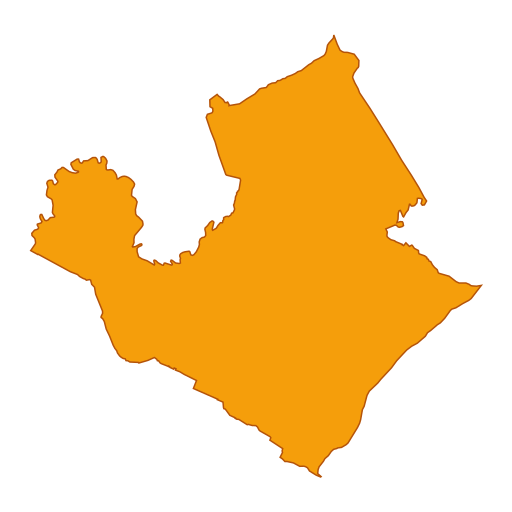 Tocancipá, Cundinamarca, Colombia
{"feature_id": "7082276B10728251723000", "entity_name": "Tocancipá", "entity_type": "district", "adm_level": 2, "iso_a3": "COL", "parent_name": "Colombia", "parent_adm1": "Cundinamarca", "projection": "albers", "projection_center": [-73.95, 4.971], "detail": "fine", "context": "isolated", "style": "filled", "palette": "amber", "viewbox_px": 512, "rotation_deg": 0, "n_neighbors": 0, "source": "geoboundaries", "source_scale": "gbopen_adm2", "svg_char_len": 5990}
<svg xmlns="http://www.w3.org/2000/svg" viewBox="0 0 512 512"><path d="M333.8,35.0L333.5,37.7L332.9,38.7L329.1,42.8L327.5,45.2L326.3,51.5L325.1,54.2L323.9,55.6L318.9,58.5L314.1,60.7L311.5,63.2L308.8,64.7L301.3,70.6L297.8,71.7L295.3,73.5L291.6,75.2L287.2,76.7L285.2,78.4L282.9,78.7L280.1,80.4L277.7,80.7L275.7,82.7L272.1,83.1L268.4,84.7L266.3,87.5L261.3,88.3L259.6,88.9L254.9,94.0L246.9,98.8L239.6,103.8L229.1,105.6L229.3,105.1L227.8,102.2L227.3,102.0L226.8,102.7L225.0,102.5L223.1,99.6L219.4,96.5L218.9,96.4L217.1,94.4L209.8,99.8L210.0,106.7L212.7,108.3L212.9,111.1L212.3,112.5L211.6,113.0L207.4,114.3L206.2,117.4L210.8,131.1L215.1,141.8L218.9,155.2L225.8,174.5L226.7,175.2L239.9,178.4L240.6,180.1L239.1,189.3L238.5,190.7L237.5,191.3L237.4,192.2L236.6,192.9L236.7,194.3L235.5,196.8L235.1,200.6L234.7,200.9L234.4,203.2L233.6,205.0L234.6,208.9L234.4,210.0L233.0,212.8L231.6,213.2L230.8,215.1L228.5,216.6L227.6,216.3L225.8,216.5L223.9,217.5L223.6,217.9L223.7,219.7L222.9,220.5L222.6,222.5L222.0,222.9L221.0,222.6L220.3,222.8L218.0,225.4L216.3,228.2L212.9,230.2L212.6,230.3L212.3,229.5L212.4,228.5L213.9,222.2L213.0,221.2L212.1,220.9L209.8,222.5L207.6,225.6L205.1,228.0L204.9,229.4L205.6,232.5L205.7,235.6L204.4,237.1L202.1,237.6L200.1,239.1L199.2,241.9L199.4,244.5L198.7,247.1L196.3,251.8L193.8,254.8L192.3,255.4L190.8,254.8L189.8,251.7L189.1,251.2L185.0,251.8L182.7,252.5L180.6,253.8L179.8,255.1L179.8,256.3L180.5,258.4L180.1,259.8L180.4,263.0L179.3,263.5L175.6,263.0L172.2,260.4L171.2,260.1L170.6,261.3L172.3,264.0L172.2,264.7L171.5,265.1L165.0,263.0L164.2,263.2L163.4,265.2L162.5,265.2L158.1,262.8L155.9,260.7L154.6,260.1L154.0,260.3L153.8,260.9L154.7,264.1L154.2,265.0L147.2,260.8L141.9,258.9L138.6,256.8L137.1,251.6L137.1,248.5L138.3,247.0L141.5,245.5L141.9,244.9L141.8,244.2L141.3,243.8L139.9,244.1L135.4,246.6L132.8,247.0L132.4,246.6L134.0,242.7L133.9,239.2L134.6,235.6L141.4,227.5L142.8,225.4L143.0,224.1L142.5,221.2L138.7,217.2L136.7,215.7L135.7,214.0L135.4,209.6L137.1,201.9L135.4,198.6L132.2,196.4L131.5,195.3L132.1,189.4L134.0,186.4L134.6,184.1L133.5,182.0L131.0,179.4L128.6,177.6L126.1,176.5L124.2,176.2L122.2,176.5L119.8,177.6L118.0,179.0L117.2,179.0L116.4,175.1L115.0,172.6L112.9,170.3L110.6,169.6L108.1,170.0L107.0,169.9L106.3,169.4L106.0,165.1L106.8,163.1L107.0,161.0L105.6,158.3L103.7,156.6L102.9,156.4L101.0,157.4L101.2,161.7L100.7,162.5L99.3,163.3L98.2,162.8L97.2,159.5L96.3,158.1L95.3,157.5L92.6,157.6L87.9,160.6L83.6,160.9L82.3,162.9L81.6,163.2L80.3,162.8L79.4,161.8L78.6,159.1L77.1,159.1L71.2,162.8L70.9,164.4L73.3,169.2L75.1,170.5L78.3,171.2L78.6,171.8L78.2,172.3L75.5,173.2L72.0,172.6L69.1,171.5L63.5,167.5L62.1,167.4L60.6,168.9L58.0,170.0L56.9,172.2L54.8,174.8L55.0,177.2L57.9,181.3L57.7,182.3L55.6,184.6L54.8,184.8L53.4,183.8L52.6,180.9L51.9,180.2L49.2,180.3L47.5,181.4L46.8,183.3L48.0,187.2L47.0,190.4L46.4,194.9L47.4,196.7L51.2,198.9L52.1,199.9L53.1,205.3L52.4,212.4L53.0,213.8L54.6,215.8L54.7,216.7L54.1,217.2L50.3,217.6L48.0,220.1L46.2,220.7L44.9,220.3L43.8,218.7L41.8,214.5L40.9,214.4L40.1,215.1L39.8,216.8L40.4,218.9L42.0,221.6L41.0,223.0L37.4,224.1L37.2,224.9L38.5,227.4L38.4,228.4L37.4,229.3L34.5,230.2L31.8,233.3L32.0,235.5L34.3,237.8L35.1,239.1L35.6,242.8L35.3,243.9L30.7,250.6L37.8,254.5L38.1,254.2L70.3,271.7L77.5,274.5L79.6,276.5L83.4,278.6L84.9,279.0L86.4,280.2L89.5,279.6L90.6,280.1L91.7,284.3L94.5,287.2L95.7,294.2L102.5,311.0L102.6,313.3L101.1,316.5L101.1,317.5L102.6,318.6L104.3,321.5L106.2,329.0L109.6,336.1L113.2,345.2L114.9,348.4L116.7,350.7L117.5,353.0L119.6,355.9L121.1,357.2L123.2,358.5L125.2,358.8L126.0,360.6L127.9,360.8L129.8,362.0L138.0,362.4L138.7,362.5L138.9,363.0L147.9,360.4L154.4,357.5L156.8,359.3L157.4,360.7L158.5,360.7L160.1,362.9L161.2,363.6L168.3,366.4L168.6,366.0L169.1,366.3L168.8,366.7L170.4,367.4L170.3,367.6L173.7,369.2L174.2,368.0L176.0,368.8L175.5,370.1L179.9,371.8L184.2,374.4L196.5,380.5L193.4,388.5L217.7,399.2L217.4,399.7L223.0,402.1L223.5,407.6L223.9,408.7L225.3,409.1L229.9,415.4L235.0,417.7L235.6,418.1L235.3,418.4L236.7,419.2L238.8,419.4L247.2,424.7L248.4,424.4L252.2,425.5L255.8,425.6L257.5,427.0L259.0,430.0L260.2,431.1L270.1,436.7L270.8,437.7L269.9,440.2L282.7,448.6L282.1,450.9L282.5,452.5L280.1,457.3L282.4,458.9L284.9,461.5L287.0,461.5L293.4,462.9L299.7,466.3L303.9,466.2L305.6,466.7L307.5,467.8L309.5,471.0L316.3,475.2L320.6,477.0L321.1,476.6L317.7,473.6L318.1,469.6L319.1,466.8L323.4,461.3L324.9,458.6L328.3,455.7L331.3,451.4L333.7,449.3L336.8,448.5L337.7,447.9L341.5,447.4L346.1,444.7L348.0,443.0L357.5,427.5L359.6,423.2L360.6,419.8L362.4,409.6L364.1,406.4L367.0,395.4L369.3,391.1L377.8,383.0L380.7,379.4L391.5,367.8L396.7,360.7L406.7,350.0L411.7,346.2L417.3,343.2L425.4,336.2L427.5,332.7L430.9,330.3L437.4,324.7L440.3,322.9L444.6,318.4L450.4,310.4L451.9,309.1L455.9,307.8L462.7,303.6L468.9,300.3L471.2,298.5L481.3,285.4L476.6,286.2L472.4,285.9L470.9,285.6L469.1,284.3L465.9,283.0L459.1,283.0L456.2,281.7L449.1,276.2L439.0,273.3L438.2,272.6L437.2,269.7L434.5,267.4L432.4,264.8L430.7,261.6L428.9,260.9L428.4,259.3L427.1,258.8L426.8,257.4L424.6,255.8L419.2,253.9L418.7,253.0L418.4,250.5L414.4,248.4L412.2,245.3L411.7,245.1L409.4,246.4L405.9,242.8L403.6,245.6L401.9,244.6L402.1,244.3L395.6,241.6L394.7,240.8L390.9,239.7L388.2,237.8L387.1,236.6L386.9,235.3L387.3,232.0L385.8,228.9L394.9,225.1L396.4,225.3L398.2,227.0L399.6,227.3L402.1,226.6L403.5,225.6L403.0,222.8L402.4,221.8L400.3,221.6L396.9,222.7L398.0,219.2L398.3,213.0L399.2,210.7L400.4,210.4L402.9,216.4L403.6,216.9L406.0,212.6L408.1,210.0L409.5,204.2L410.0,204.2L411.3,206.0L412.2,206.1L413.9,205.8L415.1,205.0L416.9,202.8L417.4,198.4L418.7,198.2L421.0,198.6L422.2,199.3L421.1,203.6L422.3,205.2L424.4,204.9L426.6,201.0L424.1,197.3L418.9,187.6L411.4,175.3L401.6,160.2L392.4,144.4L379.9,124.2L370.0,108.4L359.6,92.9L358.0,88.6L354.9,83.0L352.7,77.9L352.7,76.5L354.0,73.0L357.3,68.2L358.2,67.5L358.7,66.3L358.9,60.5L354.2,54.2L347.6,52.4L343.9,52.3L341.8,51.4L340.0,50.1L337.2,44.2L333.8,35.0Z" fill="#f59e0b" stroke="#b45309" stroke-width="1.5"/></svg>